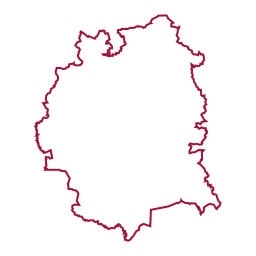 outline of Metztitlán, Hidalgo, Mexico
{"feature_id": "50627088B46481232668966", "entity_name": "Metztitlán", "entity_type": "district", "adm_level": 2, "iso_a3": "MEX", "parent_name": "Mexico", "parent_adm1": "Hidalgo", "projection": "mercator", "projection_center": [-98.823, 20.565], "detail": "fine", "context": "isolated", "style": "outline", "palette": "rose", "viewbox_px": 256, "rotation_deg": 0, "n_neighbors": 0, "source": "geoboundaries", "source_scale": "gbopen_adm2", "svg_char_len": 5742}
<svg xmlns="http://www.w3.org/2000/svg" viewBox="0 0 256 256"><path d="M125.2,239.9L126.4,239.8L127.6,240.6L128.8,240.5L130.3,239.6L131.3,238.5L131.4,237.7L133.0,236.6L136.4,231.1L139.1,229.9L139.0,227.8L139.6,226.3L141.1,225.1L143.5,223.9L150.3,226.2L150.9,209.8L168.5,206.4L177.1,202.8L177.7,203.2L180.0,202.1L181.0,201.3L181.2,200.2L181.7,201.0L184.7,202.8L188.1,203.0L189.8,204.1L190.3,203.3L195.4,203.5L198.2,208.3L198.3,206.7L198.7,206.9L200.8,212.0L200.3,213.0L200.8,214.2L202.0,212.4L203.2,212.3L204.0,209.6L204.1,207.3L208.6,204.3L210.0,204.0L213.8,204.7L215.4,207.3L216.2,208.0L216.0,208.5L217.0,209.0L218.1,206.7L219.4,206.3L220.4,203.6L220.4,202.8L218.9,201.6L217.0,197.6L216.5,195.0L215.5,194.4L213.3,194.2L212.5,193.5L212.1,190.2L213.3,190.0L213.3,187.9L211.2,186.4L210.6,187.2L209.7,185.7L208.3,185.7L208.2,185.3L209.4,184.7L207.9,184.6L207.7,181.7L206.6,180.6L205.2,181.1L205.5,180.4L204.8,178.7L205.4,177.6L207.2,177.2L208.5,176.0L208.5,175.4L207.0,173.8L207.2,173.0L205.3,171.6L204.4,168.8L200.6,164.6L198.3,163.3L200.3,162.0L200.8,160.0L202.0,159.8L201.9,152.0L203.7,150.3L201.6,149.9L200.2,150.4L198.9,149.9L195.0,152.1L191.9,152.5L189.6,153.3L189.5,152.8L189.6,150.6L190.8,148.8L191.4,146.2L189.0,145.0L190.1,143.5L194.5,144.3L196.8,143.8L199.2,144.6L201.5,144.5L202.3,143.2L201.6,142.3L205.4,137.8L205.7,136.8L204.8,136.2L205.0,134.9L207.0,132.8L206.8,131.5L206.3,131.3L206.5,130.7L206.0,130.5L206.3,130.2L205.5,129.2L205.7,128.3L202.9,128.1L201.6,127.4L199.1,128.8L197.9,127.3L195.6,127.1L196.6,125.8L196.3,123.4L198.5,123.1L200.4,124.2L202.0,121.8L206.0,121.2L204.2,119.7L201.3,114.7L202.7,113.2L204.1,113.1L205.8,111.0L205.5,109.4L204.3,107.8L204.8,107.2L204.1,106.4L205.3,104.9L206.3,104.5L205.2,102.2L206.1,99.5L204.3,98.0L204.4,95.4L202.3,96.0L201.2,95.2L200.9,89.8L198.5,89.8L198.6,88.8L198.1,88.5L198.0,87.8L196.4,86.7L196.3,85.5L195.5,84.7L195.4,83.8L194.0,81.6L193.6,79.2L191.9,77.1L192.7,75.8L192.2,73.2L191.7,72.9L192.2,70.1L191.3,69.1L192.1,67.9L191.4,64.3L193.1,65.4L193.8,67.0L194.4,67.2L195.4,65.5L198.1,66.1L199.5,65.7L200.2,64.9L200.4,63.8L201.5,63.9L201.9,63.4L202.3,64.0L202.8,63.9L202.6,61.9L204.2,59.9L203.6,55.9L203.1,54.5L202.2,54.3L201.1,54.6L199.1,52.1L198.1,55.2L196.0,54.4L194.0,54.5L192.2,53.0L191.8,50.7L188.2,49.0L188.3,47.7L187.4,46.6L184.3,45.9L182.7,45.0L181.1,42.8L179.7,43.4L177.0,41.6L178.8,38.7L176.6,35.3L177.6,32.5L177.9,29.2L179.0,28.2L179.2,26.9L177.2,27.8L173.0,26.5L171.3,26.5L171.3,23.8L173.3,22.8L168.1,18.5L167.0,16.0L166.1,15.4L158.1,15.7L157.4,16.7L152.2,19.2L151.0,21.2L150.7,22.7L151.2,23.2L149.7,23.5L146.1,25.5L145.3,27.2L143.7,27.4L143.5,27.8L141.8,26.7L139.4,26.4L138.4,26.7L137.8,26.2L136.1,26.6L134.7,27.7L129.9,28.0L127.4,29.0L126.5,28.7L125.8,29.1L121.6,28.9L120.9,30.0L117.9,30.1L118.1,31.8L117.8,32.6L119.8,33.6L120.6,35.2L120.3,35.5L120.5,36.1L120.6,35.5L121.1,35.9L121.8,35.2L121.3,36.7L122.1,37.1L123.0,36.1L123.6,36.2L124.5,41.1L124.3,42.0L125.4,42.8L125.7,44.2L120.7,47.3L120.9,48.3L121.5,48.7L121.1,50.6L120.3,50.3L119.7,50.8L118.8,53.1L116.1,53.1L116.1,54.5L112.7,54.4L112.7,55.8L110.7,55.7L109.7,56.4L105.0,55.0L103.6,55.1L103.0,54.3L109.6,54.2L109.6,52.8L107.7,52.8L107.9,50.4L109.5,50.5L109.6,48.2L112.1,48.3L112.0,46.5L111.1,45.1L108.4,42.6L107.5,42.4L107.1,43.7L106.1,43.5L106.8,41.3L109.6,39.4L108.0,33.4L107.4,33.1L105.6,33.8L104.4,32.2L104.7,31.1L103.4,30.4L101.5,31.3L99.7,30.7L97.4,36.0L95.9,36.9L95.3,37.8L95.3,38.6L94.7,38.7L88.9,36.2L88.9,36.6L87.8,36.9L84.8,34.2L80.9,31.5L80.3,32.2L80.9,33.8L79.9,35.7L79.3,38.2L80.5,41.3L77.3,42.3L75.3,45.3L77.3,47.4L78.9,47.9L80.0,49.8L78.6,51.9L78.8,53.4L78.1,54.4L77.9,56.1L79.4,58.8L82.4,61.6L82.2,63.0L80.6,64.9L77.2,65.5L74.2,64.9L73.9,62.9L72.9,63.8L69.5,64.1L68.9,65.2L69.1,66.2L68.5,67.0L66.4,67.6L66.3,68.1L64.9,68.8L63.4,69.1L60.1,68.0L56.7,68.0L55.7,71.6L55.9,73.6L58.0,76.4L57.8,80.0L55.6,81.9L55.9,83.2L55.0,84.7L53.8,85.5L54.7,86.5L50.9,89.1L50.8,90.5L49.7,93.0L47.8,93.6L46.3,95.5L45.8,99.0L46.1,100.7L47.4,102.6L43.2,103.1L45.3,106.5L45.7,108.0L47.6,108.9L47.9,110.5L47.2,112.0L47.7,114.1L46.9,115.0L48.3,115.5L48.4,116.5L47.4,117.6L45.5,118.0L43.7,117.5L42.5,119.2L41.8,121.4L40.4,121.2L39.5,122.8L38.5,123.1L37.8,122.5L37.0,122.6L36.8,124.1L36.1,124.0L36.5,125.2L35.6,126.0L36.6,126.2L35.9,127.8L36.6,129.1L36.2,129.9L37.1,130.8L36.6,132.1L37.2,133.2L36.6,134.1L38.1,134.7L36.7,135.7L37.5,135.7L37.5,137.3L36.9,138.1L37.6,138.6L36.5,140.2L37.7,140.8L37.1,141.9L38.2,142.5L37.9,143.4L38.5,143.9L38.2,144.7L38.8,145.4L38.7,146.4L39.4,146.4L39.5,147.8L40.6,147.8L40.2,149.2L41.5,150.6L42.8,150.8L42.7,151.6L43.8,152.7L44.4,152.0L45.3,152.7L50.7,150.2L52.2,158.1L50.1,158.6L49.2,157.4L45.9,157.1L45.6,158.5L46.3,159.6L45.8,160.2L46.3,164.0L45.9,164.3L46.5,165.4L45.6,167.6L45.1,167.3L44.6,167.7L45.0,168.6L46.3,168.7L45.4,169.8L59.6,169.8L61.2,171.0L62.2,170.8L65.6,171.3L69.7,178.4L68.4,182.9L67.7,183.9L68.4,185.8L68.5,189.0L72.1,189.1L73.3,190.1L76.4,190.6L78.4,193.3L76.8,200.9L79.1,204.9L74.7,204.6L72.5,205.6L72.2,206.2L72.4,207.9L72.9,208.5L72.0,210.2L72.7,210.7L73.1,211.6L74.7,212.7L74.7,214.5L77.4,215.2L77.8,216.0L79.2,215.7L80.0,216.5L82.0,216.8L83.3,219.3L84.2,220.2L85.4,219.7L85.7,220.6L87.2,220.2L88.3,221.1L89.7,220.3L93.7,220.4L94.1,221.5L95.5,222.0L97.9,221.3L97.7,223.0L98.2,223.9L99.2,224.2L100.0,223.8L100.6,224.4L101.0,223.9L102.2,224.5L103.6,226.2L104.7,225.8L104.8,227.2L106.3,226.8L106.9,228.2L108.2,228.4L108.6,229.0L112.0,227.8L114.2,228.3L115.4,227.1L115.5,226.2L118.0,226.2L117.3,225.0L118.0,224.3L118.7,224.2L120.0,225.0L121.3,227.4L122.7,228.1L123.1,229.3L122.8,230.5L124.2,230.9L123.9,232.7L125.2,231.6L125.5,233.1L126.4,233.9L126.5,234.9L125.1,235.2L126.0,235.9L125.8,236.8L124.5,237.1L125.2,239.9Z" fill="none" stroke="#9f1239" stroke-width="2"/></svg>